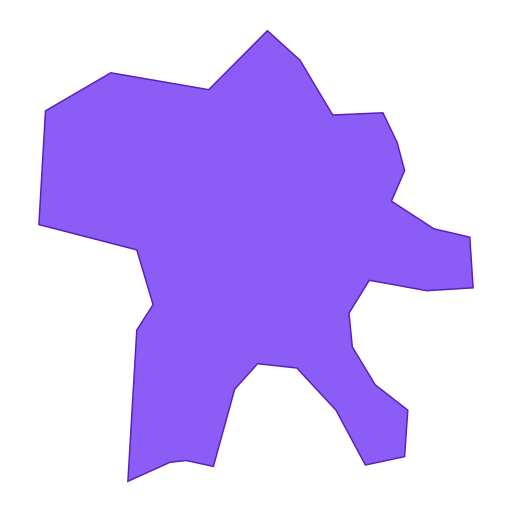 the border of Szeged
{"feature_id": "HUN-4916", "entity_name": "Szeged", "entity_type": "Urban county", "adm_level": 1, "iso_a3": "HUN", "parent_name": "Hungary", "parent_adm1": "", "projection": "equal_earth", "projection_center": [20.159, 46.25], "detail": "fine", "context": "isolated", "style": "filled", "palette": "violet", "viewbox_px": 512, "rotation_deg": 0, "n_neighbors": 0, "source": "natural_earth", "source_scale": "10m", "svg_char_len": 534}
<svg xmlns="http://www.w3.org/2000/svg" viewBox="0 0 512 512"><path d="M213.4,466.4L186.2,460.5L169.9,462.3L127.9,481.3L136.8,330.0L153.1,304.7L136.8,249.9L38.9,224.6L45.5,110.8L110.8,72.8L208.7,89.7L267.4,30.7L300.0,60.2L332.7,115.0L382.9,112.8L397.1,142.4L404.6,170.6L391.4,201.2L433.9,228.8L469.8,237.2L473.1,287.8L426.9,290.7L369.3,280.3L349.0,313.1L352.3,346.9L375.2,384.8L407.8,410.2L404.6,456.6L365.4,465.0L336.0,410.2L296.8,368.0L257.6,363.7L234.7,389.1L213.4,466.4Z" fill="#8b5cf6" stroke="#5b21b6" stroke-width="1.5"/></svg>